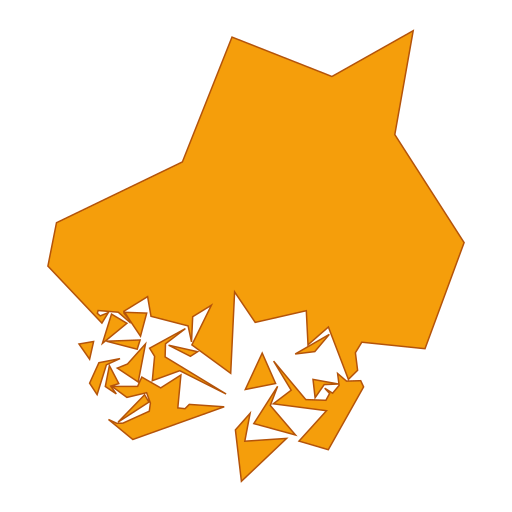 the district of San Lorenzo, Valle, Honduras
{"feature_id": "27666195B73827570061080", "entity_name": "San Lorenzo", "entity_type": "district", "adm_level": 2, "iso_a3": "HND", "parent_name": "Honduras", "parent_adm1": "Valle", "projection": "orthographic", "projection_center": [-87.426, 13.441], "detail": "medium", "context": "isolated", "style": "filled", "palette": "amber", "viewbox_px": 512, "rotation_deg": 0, "n_neighbors": 0, "source": "geoboundaries", "source_scale": "gbopen_adm2", "svg_char_len": 1897}
<svg xmlns="http://www.w3.org/2000/svg" viewBox="0 0 512 512"><path d="M413.2,30.7L331.9,76.5L232.0,37.1L182.4,161.9L56.5,222.7L47.9,266.1L101.9,323.1L108.3,312.6L100.2,315.9L97.3,313.3L98.1,310.5L118.2,312.2L129.5,322.0L129.0,319.5L124.0,313.2L123.8,311.3L147.6,296.6L151.0,316.3L188.1,325.9L191.5,341.9L192.7,316.7L211.4,305.2L191.9,344.9L230.7,373.3L234.6,291.9L255.2,322.4L306.3,310.7L308.0,344.8L328.4,327.0L348.4,379.4L357.6,370.3L355.4,352.7L361.8,342.2L425.0,348.7L464.1,242.6L394.8,134.6L413.2,30.7ZM305.8,399.6L273.6,361.1L291.2,390.2L273.3,403.8L326.5,410.7L299.0,441.1L328.3,449.7L363.6,386.9L360.7,380.7L346.5,381.1L337.6,373.5L339.1,385.4L332.6,393.2L324.7,388.2L329.6,393.5L325.9,400.3L305.8,399.6ZM137.6,386.4L112.0,386.4L126.9,397.4L146.6,392.7L150.4,403.1L149.3,411.2L122.8,423.2L116.8,423.3L108.5,419.5L132.8,439.5L224.2,406.8L189.3,404.4L185.0,408.7L177.8,407.9L180.9,375.0L160.7,387.9L141.8,377.1L137.6,386.4ZM149.6,348.2L154.6,356.3L152.3,380.7L179.8,370.7L226.1,394.0L165.1,356.9L165.5,343.8L185.4,328.6L149.6,348.2ZM235.4,429.9L241.4,481.3L286.6,438.4L244.8,441.2L250.1,413.3L235.4,429.9ZM277.6,386.3L253.8,423.6L295.5,435.0L270.3,405.5L277.6,386.3ZM245.3,389.5L275.6,383.5L262.2,353.1L245.3,389.5ZM144.6,394.8L118.1,422.1L148.9,402.1L144.6,394.8ZM145.5,343.9L127.5,364.0L117.3,368.1L138.2,382.0L145.5,343.9ZM313.0,379.4L315.1,397.7L324.2,384.6L338.5,384.0L313.0,379.4ZM98.9,362.7L89.6,383.2L97.1,394.6L106.4,364.8L120.0,358.6L98.9,362.7ZM111.5,314.1L102.4,343.4L126.9,323.3L111.5,314.1ZM106.4,341.2L137.2,349.2L140.1,340.0L106.4,341.2ZM130.5,321.3L140.5,336.2L146.7,313.1L124.7,312.3L130.5,321.3ZM314.8,351.6L329.3,334.4L295.2,354.0L314.8,351.6ZM168.6,345.2L190.4,356.3L197.6,351.7L168.6,345.2ZM105.3,386.5L116.3,393.9L110.7,386.1L118.8,383.6L109.4,365.6L105.3,386.5ZM79.0,344.0L89.6,359.2L93.6,341.5L79.0,344.0Z" fill="#f59e0b" stroke="#b45309" stroke-width="1.5"/></svg>